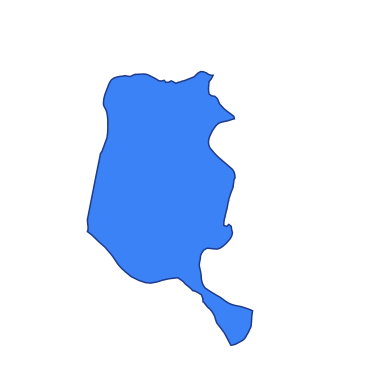 Al Jamimah, Hajjah, Yemen, rotated 219°
{"feature_id": "15242507B46371651071090", "entity_name": "Al Jamimah", "entity_type": "district", "adm_level": 2, "iso_a3": "YEM", "parent_name": "Yemen", "parent_adm1": "Hajjah", "projection": "mercator", "projection_center": [43.537, 16.031], "detail": "fine", "context": "isolated", "style": "filled", "palette": "blue", "viewbox_px": 384, "rotation_deg": 219, "n_neighbors": 0, "source": "geoboundaries", "source_scale": "gbopen_adm2", "svg_char_len": 3268}
<svg xmlns="http://www.w3.org/2000/svg" viewBox="0 0 384 384"><g transform="rotate(219 192 192)"><path d="M248.4,95.4L243.1,95.6L233.1,94.7L226.0,94.4L225.1,94.4L218.0,93.1L213.9,92.3L204.6,89.4L202.2,88.9L198.2,88.3L192.3,88.0L189.9,88.0L185.8,88.0L177.6,89.9L171.1,92.3L170.4,92.8L167.5,94.7L166.6,95.4L163.3,99.2L160.9,102.6L160.4,103.3L159.8,104.4L155.3,110.1L149.0,116.5L142.6,116.9L139.3,116.3L135.6,116.3L132.4,116.3L129.3,115.8L127.2,116.9L124.0,117.6L119.9,118.0L116.6,116.0L114.3,113.6L113.7,113.8L110.7,113.1L107.6,112.4L104.3,112.3L101.3,111.7L98.3,110.6L95.6,109.3L93.0,107.4L90.1,105.8L85.9,104.8L85.0,104.6L78.0,102.8L65.4,97.4L65.2,97.6L64.7,98.1L62.7,100.5L61.3,103.6L59.1,109.2L58.8,111.5L59.9,118.5L60.3,120.0L61.4,124.3L61.8,125.1L63.5,127.7L64.7,129.4L65.3,130.3L67.1,132.7L68.8,135.4L70.1,137.8L72.3,137.3L75.8,136.1L78.7,135.0L82.2,133.6L85.2,131.9L88.1,130.5L91.2,129.3L94.1,128.6L97.2,128.2L100.6,128.1L104.0,127.9L108.2,127.2L110.4,126.9L111.3,126.8L112.3,126.6L114.5,126.3L118.2,125.9L121.6,125.7L124.6,126.6L127.4,128.2L129.9,130.2L132.3,132.8L135.2,135.5L137.8,137.5L140.4,139.7L142.1,142.5L143.5,145.3L145.3,147.9L146.1,150.9L146.3,154.0L145.1,157.6L142.1,159.8L139.4,161.4L136.4,163.6L134.8,166.2L133.9,169.1L133.8,169.7L133.2,172.8L133.0,176.5L132.9,180.0L133.6,183.2L135.0,185.9L137.6,187.8L139.9,190.0L143.0,190.0L143.4,187.0L146.3,186.1L148.3,188.7L149.8,191.4L151.0,194.2L151.4,194.8L152.6,197.2L154.2,200.8L155.9,204.0L157.5,206.8L158.1,208.5L158.9,209.6L160.0,212.5L161.1,215.4L162.1,218.5L163.0,221.4L167.3,228.3L167.3,229.9L169.4,232.2L171.9,234.0L172.5,234.2L174.8,235.0L178.6,235.2L179.7,235.2L182.1,235.3L185.5,235.4L188.9,235.5L192.1,235.6L195.3,235.8L198.6,236.2L202.2,236.9L204.0,237.2L205.3,237.4L208.1,238.8L210.4,240.8L212.1,243.5L213.2,246.3L214.0,249.4L214.7,252.6L215.0,255.8L215.1,259.4L214.5,262.4L213.7,263.7L212.8,265.1L210.9,267.5L209.0,269.9L207.2,272.6L205.5,275.2L205.1,275.6L207.1,277.1L210.2,277.1L213.4,276.9L216.7,276.8L219.8,276.9L220.5,277.0L223.1,277.4L226.1,277.8L228.7,279.3L231.4,280.6L234.5,280.7L237.3,279.1L240.4,278.9L242.7,281.0L244.7,283.3L246.4,285.9L248.2,288.4L248.2,291.9L248.6,293.9L248.8,294.9L249.0,296.0L250.7,294.7L253.2,293.8L255.8,293.6L258.9,292.6L260.1,291.7L261.1,291.0L261.5,289.9L261.8,289.2L262.1,288.5L262.6,285.7L262.7,283.1L268.3,273.2L269.6,271.8L270.4,269.8L270.5,269.7L271.6,268.9L272.9,266.3L273.6,266.2L275.5,265.9L278.1,265.3L279.3,262.6L281.4,260.7L281.9,260.8L283.9,261.3L285.5,259.1L287.7,257.6L290.4,257.3L293.0,256.9L295.5,256.3L298.2,255.8L301.2,254.9L303.6,253.5L303.8,253.2L305.8,251.5L307.8,249.7L309.2,248.5L310.0,247.9L311.4,245.7L312.5,243.0L314.7,241.6L317.1,240.4L318.9,238.3L321.1,236.1L323.0,233.7L324.4,231.4L325.2,228.7L325.1,227.2L325.0,225.9L324.3,223.0L323.3,219.9L322.3,216.8L321.4,214.1L320.4,211.5L319.0,208.7L317.4,206.2L315.7,204.1L313.4,202.8L310.7,201.8L308.3,200.3L306.3,198.5L304.3,196.6L302.5,194.7L300.8,192.5L298.8,190.2L297.0,187.9L296.7,187.4L295.3,185.6L293.8,183.2L292.3,180.9L291.3,178.0L290.3,175.0L289.3,172.3L288.5,169.8L287.9,168.1L287.6,167.1L287.2,164.0L285.0,159.9L279.0,148.4L255.9,104.7L254.1,102.7L252.1,100.8L250.3,98.9L248.8,96.7L248.6,96.0L248.4,95.4Z" fill="#3b82f6" stroke="#1e3a8a" stroke-width="1.5"/></g></svg>